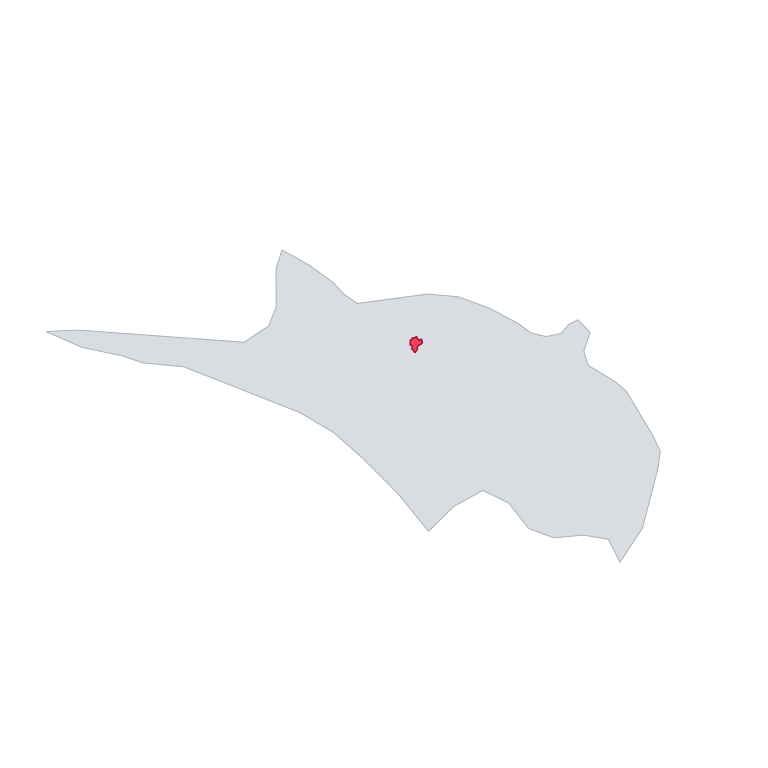 Mosfiloti, Larnaca, Cyprus (highlighted), rotated 219°
{"feature_id": "46923920B11567225397923", "entity_name": "Mosfiloti", "entity_type": "district", "adm_level": 2, "iso_a3": "CYP", "parent_name": "Cyprus", "parent_adm1": "Larnaca", "projection": "robinson", "projection_center": [33.434, 34.953], "detail": "fine", "context": "in_parent", "style": "filled", "palette": "rose", "viewbox_px": 768, "rotation_deg": 219, "n_neighbors": 0, "source": "geoboundaries", "source_scale": "gbopen_adm2", "svg_char_len": 1959}
<svg xmlns="http://www.w3.org/2000/svg" viewBox="0 0 768 768"><g transform="rotate(219 384 384)"><path d="M540.6,405.9L547.6,423.9L517.8,429.2L487.8,430.9L471.2,428.6L455.5,429.7L407.0,481.2L380.8,498.7L349.7,509.2L318.0,515.4L302.1,516.2L288.1,522.7L278.2,534.7L278.0,546.3L273.8,555.9L256.4,553.9L249.2,535.1L236.8,527.0L206.0,531.3L191.0,530.8L141.7,512.8L126.9,505.5L117.7,490.2L92.5,434.9L88.4,394.1L112.0,404.5L134.1,391.9L155.4,371.2L180.7,362.8L196.5,366.4L212.2,370.0L240.4,363.4L252.7,332.8L256.7,297.5L304.4,307.6L352.7,312.8L392.3,314.6L431.3,308.9L550.8,271.2L584.5,248.7L605.4,241.0L641.7,222.4L679.6,212.1L655.4,233.6L519.0,328.4L510.2,356.6L516.3,376.1L535.6,399.7L540.6,405.9Z" fill="#d9dde1" stroke="#a8b0b8" stroke-width="1"/><path d="M384.3,428.8L383.7,428.9L383.3,428.8L382.4,428.5L380.9,428.0L379.7,428.1L379.7,428.3L379.7,428.8L379.7,429.0L379.7,430.1L379.7,430.3L379.7,430.5L380.0,431.4L380.0,431.5L380.0,432.0L380.3,432.5L381.2,433.7L381.6,434.8L381.4,435.9L381.1,436.8L380.4,438.0L380.2,438.5L380.3,438.8L380.2,439.3L380.2,440.1L380.6,440.0L380.8,440.2L381.0,441.0L381.7,441.5L382.2,442.0L382.7,441.9L382.9,442.2L383.3,442.1L383.2,441.8L382.9,441.6L383.3,441.3L383.7,440.9L383.9,440.7L383.8,440.4L384.6,440.5L385.2,440.4L385.8,440.4L386.4,440.4L386.8,440.4L387.4,440.4L387.9,440.4L388.4,440.3L388.7,440.2L388.5,440.5L388.6,440.8L388.6,441.0L388.9,440.7L389.0,440.5L389.0,440.2L389.1,439.8L389.2,439.5L389.5,439.2L389.9,438.5L389.9,438.4L390.3,438.0L390.5,437.9L390.8,437.8L391.0,437.7L390.9,437.5L390.7,437.5L390.6,437.4L390.6,437.1L390.8,436.9L390.8,436.6L390.8,436.2L390.7,436.1L390.6,435.9L390.6,435.6L390.5,435.4L390.3,435.0L390.4,434.7L390.7,434.5L390.9,434.4L390.7,434.3L390.6,434.0L390.3,433.5L390.0,433.2L389.8,432.7L389.7,432.5L388.9,431.4L388.1,430.8L387.8,431.0L387.6,431.1L387.5,431.6L385.9,431.1L385.4,430.3L385.0,429.7L384.9,429.7L384.6,428.8L384.3,428.8Z" fill="#f43f5e" stroke="#9f1239" stroke-width="1.5"/></g></svg>